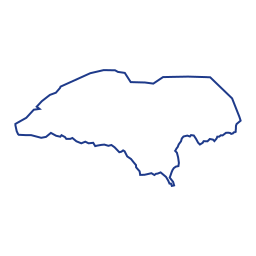 Kyperounta, Limassol, Cyprus (orthographic projection)
{"feature_id": "46923920B55670289324505", "entity_name": "Kyperounta", "entity_type": "district", "adm_level": 2, "iso_a3": "CYP", "parent_name": "Cyprus", "parent_adm1": "Limassol", "projection": "orthographic", "projection_center": [32.975, 34.94], "detail": "fine", "context": "isolated", "style": "outline", "palette": "blue", "viewbox_px": 256, "rotation_deg": 0, "n_neighbors": 0, "source": "geoboundaries", "source_scale": "gbopen_adm2", "svg_char_len": 1694}
<svg xmlns="http://www.w3.org/2000/svg" viewBox="0 0 256 256"><path d="M238.1,113.6L232.1,98.4L210.2,77.3L205.4,77.1L188.0,76.6L183.1,76.7L172.2,76.9L163.0,77.1L153.3,83.6L145.0,82.5L130.7,82.1L124.8,72.9L117.9,71.9L115.1,70.3L103.7,70.1L90.3,73.2L60.6,86.6L59.9,88.1L55.9,92.7L49.9,94.9L41.8,101.2L36.7,106.7L39.5,108.9L33.8,109.7L26.3,117.8L15.4,123.9L15.4,125.2L16.7,131.2L18.1,134.2L18.8,134.8L25.3,135.1L31.0,135.1L41.2,137.8L46.0,136.9L50.9,132.9L56.2,135.8L60.3,136.7L61.5,135.2L65.0,137.1L66.3,138.9L70.2,138.9L72.4,138.0L76.4,141.3L81.3,143.3L85.3,141.7L88.6,143.3L93.2,142.8L95.2,146.1L97.3,145.6L101.3,144.9L104.3,144.6L108.4,145.8L111.4,145.0L114.6,147.3L119.3,152.2L121.4,151.7L123.1,150.4L124.6,151.3L127.2,156.4L131.0,159.0L133.8,162.5L136.0,165.1L136.1,167.3L139.6,171.3L140.2,174.9L144.4,174.8L147.2,174.2L151.4,173.2L154.4,175.0L156.0,173.8L157.6,173.6L160.6,172.4L166.0,176.9L168.2,180.6L169.5,183.6L170.4,183.6L171.0,183.6L171.8,185.9L173.8,185.5L174.1,185.4L173.1,181.9L171.6,180.0L169.7,177.6L170.7,174.9L171.6,172.2L172.5,170.1L173.8,168.1L175.9,166.6L178.4,166.1L178.9,162.9L178.1,157.3L176.9,152.7L175.2,150.9L175.3,150.8L176.5,148.5L177.7,147.0L178.7,144.4L181.0,141.3L181.8,138.5L183.5,136.5L187.3,135.6L189.9,136.5L191.0,135.1L193.8,135.5L196.0,138.8L198.1,142.7L199.9,144.5L202.7,142.8L203.6,141.2L207.5,141.3L209.8,139.0L213.0,139.6L214.4,141.1L216.6,138.5L217.3,136.7L219.1,136.7L220.8,135.3L222.6,135.4L226.0,132.8L228.3,132.7L230.1,133.0L231.2,133.9L232.9,133.4L233.7,132.4L234.9,132.2L235.7,131.8L235.7,130.2L235.9,128.9L235.9,127.6L236.0,125.7L236.6,124.0L240.6,120.7L240.3,119.6L239.3,116.6L238.1,113.6Z" fill="none" stroke="#1e3a8a" stroke-width="2"/></svg>